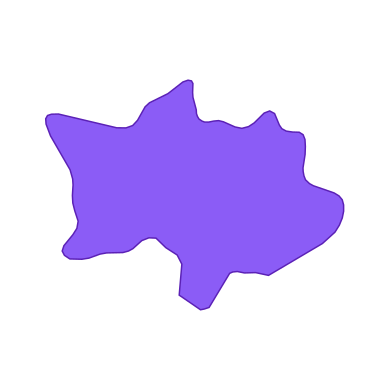 map outline of Bulawayo (Robinson projection), rotated 343°
{"feature_id": "ZWE-531", "entity_name": "Bulawayo", "entity_type": "City", "adm_level": 1, "iso_a3": "ZWE", "parent_name": "Zimbabwe", "parent_adm1": "", "projection": "robinson", "projection_center": [28.554, -20.139], "detail": "fine", "context": "isolated", "style": "filled", "palette": "violet", "viewbox_px": 384, "rotation_deg": 343, "n_neighbors": 0, "source": "natural_earth", "source_scale": "10m", "svg_char_len": 1298}
<svg xmlns="http://www.w3.org/2000/svg" viewBox="0 0 384 384"><g transform="rotate(343 192 192)"><path d="M240.8,294.1L229.3,287.7L218.4,284.7L212.1,281.3L207.6,280.4L204.2,280.8L174.6,307.4L169.6,307.5L165.7,307.1L149.6,286.9L161.2,258.0L159.4,247.9L150.7,237.6L144.1,225.6L137.4,223.2L129.8,223.8L118.9,228.9L114.0,229.9L108.2,229.7L92.6,225.3L85.9,224.5L74.1,225.1L67.0,224.1L55.6,220.3L51.5,215.3L50.6,210.5L53.8,205.9L65.6,198.0L71.3,193.1L74.6,186.6L74.4,175.7L74.8,167.7L76.6,160.4L80.3,150.5L81.7,144.6L81.9,135.1L73.1,97.0L72.3,84.4L73.5,79.2L76.2,76.6L80.3,76.5L87.1,78.4L138.8,108.6L147.6,111.4L154.7,111.1L160.9,107.5L172.1,96.8L177.5,94.2L197.7,90.9L215.5,84.1L220.9,83.9L224.0,85.6L224.6,88.5L221.7,97.0L220.6,101.7L220.1,114.7L219.2,118.3L219.3,121.3L220.0,124.2L222.3,127.1L224.5,128.8L228.3,130.0L233.4,130.5L238.3,131.5L242.5,134.0L252.2,142.4L258.3,145.7L265.2,146.0L271.7,144.1L284.1,137.6L290.0,137.2L293.9,141.1L295.1,153.5L296.4,157.7L299.9,161.3L305.8,164.1L312.0,166.2L315.0,169.7L315.4,174.8L313.7,181.7L311.1,189.2L305.2,201.4L304.3,204.9L303.8,209.2L304.1,213.5L306.8,218.3L309.9,221.5L327.7,234.5L331.5,238.8L333.4,243.4L333.2,248.7L331.4,254.7L328.1,260.8L323.2,266.8L317.0,272.2L301.7,279.4L240.8,294.1Z" fill="#8b5cf6" stroke="#5b21b6" stroke-width="1.5"/></g></svg>